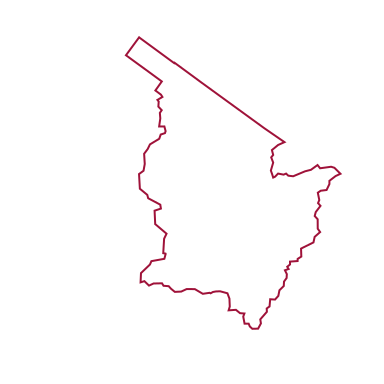 outline of Utah, Utah, United States of America, rotated 216°
{"feature_id": "52423323B70562342190922", "entity_name": "Utah", "entity_type": "district", "adm_level": 2, "iso_a3": "USA", "parent_name": "United States of America", "parent_adm1": "Utah", "projection": "mercator", "projection_center": [-111.763, 40.177], "detail": "fine", "context": "isolated", "style": "outline", "palette": "rose", "viewbox_px": 384, "rotation_deg": 216, "n_neighbors": 0, "source": "geoboundaries", "source_scale": "gbopen_adm2", "svg_char_len": 1786}
<svg xmlns="http://www.w3.org/2000/svg" viewBox="0 0 384 384"><g transform="rotate(216 192 192)"><path d="M319.0,263.8L281.4,263.7L281.3,252.6L274.3,252.5L271.8,251.5L274.1,246.2L272.1,245.6L269.4,241.3L264.6,240.4L264.5,237.1L260.9,232.9L257.1,225.7L252.9,228.8L249.1,225.7L248.5,223.7L251.1,220.1L249.8,215.8L254.0,205.8L253.1,200.7L253.2,194.8L246.7,186.9L243.7,180.7L245.4,175.4L236.1,164.0L226.5,163.4L223.8,161.2L210.2,163.1L207.4,160.3L211.3,154.9L202.9,144.4L188.1,143.3L187.1,137.8L179.3,125.6L177.2,126.6L176.9,126.4L175.1,121.7L184.2,112.2L183.4,108.6L185.6,96.4L180.5,88.7L178.1,91.9L171.8,91.0L169.3,95.4L162.6,100.5L159.9,99.4L155.5,102.1L152.1,101.4L147.2,101.1L142.2,105.1L139.3,110.3L137.4,111.7L132.6,115.1L123.4,116.0L118.5,120.8L117.4,121.0L116.3,123.4L114.2,125.6L110.9,128.2L103.8,130.9L99.0,127.7L94.1,121.5L92.8,117.8L87.2,122.5L81.9,122.2L78.2,124.5L77.3,121.3L72.1,116.4L68.8,118.8L66.2,117.2L62.8,116.8L58.2,120.3L59.0,126.2L61.9,129.1L61.0,139.1L63.1,141.7L62.0,145.0L65.7,151.2L61.6,153.8L61.1,158.7L63.5,163.9L62.5,169.9L64.9,173.6L64.9,178.0L67.0,181.3L70.8,183.3L68.6,186.5L71.0,187.5L70.1,191.0L71.8,193.3L66.0,198.2L67.2,200.0L65.6,204.0L70.5,210.3L69.3,212.7L64.1,222.6L66.4,227.8L64.8,234.9L68.7,236.2L74.3,243.8L78.6,244.7L80.1,248.5L79.9,256.3L83.5,257.1L84.3,260.3L89.8,265.4L88.6,268.7L84.3,272.7L85.5,279.2L87.4,281.8L85.2,289.3L82.6,294.0L91.0,295.3L94.3,294.2L102.3,286.5L106.3,287.6L108.8,279.9L112.7,275.2L119.4,264.2L123.7,261.8L126.7,262.2L128.1,259.9L133.2,257.5L133.8,253.2L134.8,251.4L137.6,253.5L140.8,255.7L143.6,263.5L148.3,266.6L148.1,269.7L152.0,272.9L150.0,280.6L146.5,286.7L171.0,286.1L185.9,286.1L248.8,286.1L282.1,286.3L282.1,285.8L325.7,286.0L325.8,263.8L319.0,263.8Z" fill="none" stroke="#9f1239" stroke-width="2"/></g></svg>